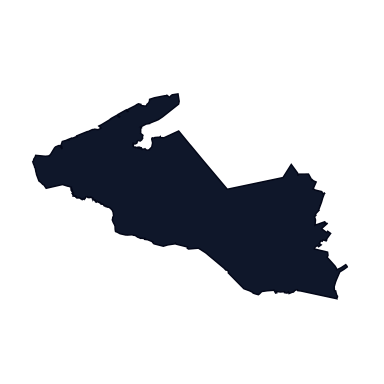 Alphen-Chaam, Noord-Brabant, Netherlands, rotated 5°
{"feature_id": "6326949B83177775989799", "entity_name": "Alphen-Chaam", "entity_type": "district", "adm_level": 2, "iso_a3": "NLD", "parent_name": "Netherlands", "parent_adm1": "Noord-Brabant", "projection": "mercator", "projection_center": [4.85, 51.507], "detail": "fine", "context": "isolated", "style": "filled", "palette": "ink", "viewbox_px": 384, "rotation_deg": 5, "n_neighbors": 0, "source": "geoboundaries", "source_scale": "gbopen_adm2", "svg_char_len": 5897}
<svg xmlns="http://www.w3.org/2000/svg" viewBox="0 0 384 384"><g transform="rotate(5 192 192)"><path d="M345.7,285.7L345.5,284.7L345.9,284.4L346.1,283.8L345.8,283.4L345.7,283.0L345.8,282.9L345.2,282.3L344.3,279.9L343.7,278.0L342.7,278.1L342.5,277.9L341.9,273.9L342.8,269.3L343.5,266.8L346.2,258.7L350.0,255.9L353.2,253.1L353.0,252.6L351.5,251.0L347.2,254.4L343.2,256.8L342.1,254.9L340.9,253.3L332.2,245.2L332.8,244.0L333.0,243.2L332.3,240.1L318.9,238.1L319.4,236.0L319.4,236.3L321.4,234.2L322.9,235.5L325.3,233.4L323.2,232.1L323.9,230.9L324.4,229.6L324.6,229.7L324.8,229.3L326.0,229.7L326.7,228.3L329.9,229.0L330.4,228.0L330.2,227.6L329.9,227.6L333.7,221.2L330.6,219.3L329.8,220.8L324.2,217.2L329.4,211.7L329.1,211.4L327.3,211.7L327.8,211.2L326.8,210.1L320.1,213.2L318.9,213.6L317.4,214.5L317.5,209.5L317.3,208.5L316.2,206.0L317.5,204.4L316.9,203.2L320.1,199.1L319.7,198.8L320.8,194.8L320.7,194.5L320.9,194.5L321.9,190.8L322.7,186.6L324.0,182.0L324.2,181.9L323.9,181.5L322.5,182.4L321.2,180.3L314.4,179.3L313.8,178.8L312.3,178.5L314.8,171.2L311.8,170.2L310.7,169.3L310.4,169.8L306.5,164.0L296.3,165.0L296.4,165.7L296.0,165.8L295.8,164.7L295.5,163.9L288.5,155.9L281.4,169.7L226.9,186.2L200.5,159.9L186.8,146.0L185.3,144.6L173.4,132.4L159.4,140.4L155.9,140.6L155.6,139.6L155.2,140.0L155.2,140.3L153.6,140.4L150.6,140.9L149.9,141.1L149.8,141.7L147.7,141.5L147.3,142.4L147.3,142.9L148.5,146.5L148.0,150.8L146.2,152.9L146.0,153.5L144.3,154.2L142.9,154.2L141.4,153.0L141.2,153.2L138.9,153.9L138.9,153.5L137.8,153.5L137.9,153.3L137.6,153.0L137.6,152.6L137.2,152.8L137.3,152.4L136.3,152.2L136.1,152.3L136.1,152.0L135.9,151.9L135.6,152.0L135.3,152.7L135.5,153.1L135.3,153.2L134.9,153.1L134.8,152.8L134.5,152.8L134.3,152.1L133.9,152.3L133.8,152.7L133.3,152.3L132.0,152.8L131.6,152.2L130.6,152.6L130.2,152.1L129.8,152.0L129.4,151.7L129.3,151.4L129.7,151.3L129.3,150.6L129.5,150.0L129.0,149.7L129.2,149.4L129.2,149.1L129.2,148.5L130.9,149.1L131.6,148.9L132.7,148.1L133.0,147.7L132.8,146.8L133.5,145.6L134.1,145.4L136.0,145.7L137.3,144.5L138.2,142.6L137.7,141.7L138.2,139.8L135.6,138.0L135.7,137.5L135.3,132.3L136.1,132.4L136.1,132.2L136.0,131.4L135.6,131.4L140.4,128.3L143.6,127.5L143.5,127.3L152.1,122.9L156.1,119.7L171.0,105.6L171.3,102.8L169.5,95.5L163.8,96.9L162.5,98.1L161.4,99.7L158.7,97.9L158.6,98.3L158.3,98.4L157.6,98.3L156.1,98.6L146.4,101.4L141.7,103.4L141.7,105.0L141.3,106.4L140.8,107.3L139.6,108.5L138.9,110.4L138.7,110.3L136.2,110.6L136.2,110.4L133.5,110.3L133.5,109.2L131.0,108.8L129.3,109.8L129.5,110.0L122.9,114.1L123.2,115.1L122.5,114.3L120.6,115.6L120.5,116.1L121.3,117.3L121.2,117.4L120.4,117.5L119.4,115.9L111.7,121.1L113.9,123.9L113.6,123.7L113.1,124.0L112.1,123.4L110.7,122.0L105.6,125.4L104.5,126.3L104.7,126.5L96.2,132.7L94.4,133.9L94.1,133.9L93.4,134.4L95.8,136.2L94.1,137.6L92.6,138.1L89.6,137.9L89.5,138.1L87.3,138.5L83.5,140.7L82.3,141.0L72.3,146.1L72.7,146.8L72.2,146.8L67.9,149.1L67.5,149.1L67.4,148.8L63.6,150.7L64.0,151.0L63.6,151.0L58.4,153.0L57.5,156.8L57.9,157.7L58.6,158.4L58.7,158.7L58.4,159.2L58.7,160.0L58.4,160.1L58.2,159.7L57.3,159.0L56.9,157.5L56.7,157.3L55.1,157.4L52.1,159.0L51.2,160.1L48.0,166.6L47.4,167.5L46.5,168.2L46.6,168.5L42.8,169.2L33.1,169.1L32.6,171.1L31.6,172.8L31.1,175.7L30.8,175.8L31.6,177.7L32.8,179.9L33.0,180.9L33.8,182.0L34.8,185.7L35.1,186.2L35.6,188.1L38.6,194.4L40.5,195.5L42.7,197.4L44.2,198.1L44.2,198.3L46.4,201.0L62.8,195.7L63.0,195.8L63.0,196.0L64.0,196.2L67.6,197.0L68.7,197.1L68.8,196.9L68.8,197.1L71.4,197.8L71.1,198.7L71.7,198.9L72.0,199.5L71.4,199.7L71.3,200.5L71.5,200.7L72.3,200.5L72.7,201.0L72.3,201.5L72.3,201.9L73.0,202.1L73.3,202.6L73.1,203.0L73.5,203.1L73.1,203.5L73.2,203.8L72.9,204.0L73.2,204.2L73.5,203.9L73.9,204.1L73.8,204.3L73.7,204.5L73.9,204.8L73.5,205.1L73.7,205.4L73.9,205.2L74.1,205.7L73.9,205.9L73.9,206.4L74.6,206.2L75.0,206.5L75.7,206.4L76.3,206.0L76.6,206.3L76.5,206.7L76.6,207.0L77.0,206.8L77.1,207.1L77.3,207.2L77.6,207.8L77.9,207.7L78.1,207.9L79.1,207.9L79.6,207.4L80.2,207.4L80.4,207.8L81.0,207.8L82.2,208.7L83.1,208.8L83.3,209.1L83.8,208.5L84.6,208.6L84.8,208.2L85.3,208.7L85.5,208.4L85.6,208.0L85.9,208.0L86.2,207.5L86.5,206.4L86.9,206.2L87.0,206.0L87.8,206.0L88.2,205.8L88.6,206.1L88.7,206.5L89.5,206.6L90.2,206.6L90.6,206.2L90.9,206.3L91.1,205.9L91.4,206.1L91.8,205.9L92.1,206.2L92.4,206.1L92.7,206.4L92.9,206.4L93.0,206.7L93.4,207.0L93.6,206.9L93.6,207.3L93.8,207.2L93.9,207.7L94.0,207.4L94.8,207.9L95.0,208.5L96.1,208.5L96.0,208.8L96.3,208.8L96.6,209.4L96.6,210.0L97.1,210.3L97.2,210.2L97.6,210.4L98.0,209.7L98.5,209.9L98.5,209.6L99.5,209.9L99.7,210.2L99.9,210.0L100.2,210.2L100.9,210.2L100.8,210.6L100.9,210.8L102.0,211.2L102.1,211.5L102.5,211.3L102.7,211.6L102.8,212.0L103.5,212.0L103.7,211.6L103.9,211.6L104.1,212.0L104.8,212.2L105.7,213.4L106.2,213.3L106.4,213.6L107.5,213.4L107.6,214.0L108.0,213.9L108.3,214.2L108.7,214.3L109.1,214.2L109.5,214.5L110.2,214.3L112.0,215.2L114.1,217.0L115.2,219.1L116.0,222.7L115.3,224.0L115.2,226.3L115.0,226.7L116.3,229.3L117.7,231.4L118.1,232.3L118.3,232.4L118.7,235.8L119.0,237.1L119.3,237.5L119.2,237.8L119.5,238.1L119.9,238.1L120.0,238.3L120.8,238.4L123.9,239.8L129.6,240.6L131.5,240.5L136.1,239.8L137.5,240.2L139.2,240.2L141.8,241.7L143.8,242.2L144.2,242.5L145.2,242.7L145.7,242.4L148.2,242.6L148.9,242.2L149.0,243.3L152.0,243.4L157.4,245.1L157.2,245.7L158.6,246.9L168.2,248.5L172.5,246.8L180.1,245.0L179.8,244.4L180.0,244.3L180.6,245.3L192.4,247.2L192.2,248.4L193.5,249.1L203.3,247.4L210.8,251.3L230.5,265.0L232.5,266.8L234.1,266.9L235.3,268.2L235.2,269.4L252.1,283.8L258.0,285.4L261.9,287.0L261.8,287.4L264.2,288.0L267.1,288.5L268.1,287.6L270.1,285.1L275.6,283.8L281.3,282.9L282.1,282.5L284.1,285.4L285.2,285.0L284.7,283.7L288.7,283.9L292.8,283.2L292.9,284.2L295.5,284.4L296.8,283.2L297.5,284.7L300.4,283.2L301.8,282.8L303.1,281.1L305.1,280.1L305.6,280.2L305.9,281.0L309.0,281.1L345.7,285.7Z" fill="#0f172a" stroke="#020617" stroke-width="1.5"/></g></svg>